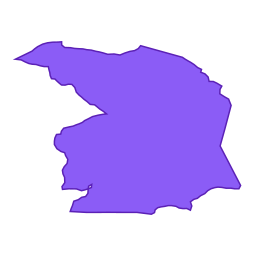 João Neiva, Espírito Santo, Brazil, rotated 90°
{"feature_id": "56859067B35561068674393", "entity_name": "João Neiva", "entity_type": "district", "adm_level": 2, "iso_a3": "BRA", "parent_name": "Brazil", "parent_adm1": "Espírito Santo", "projection": "natural_earth1", "projection_center": [-40.439, -19.726], "detail": "fine", "context": "isolated", "style": "filled", "palette": "violet", "viewbox_px": 256, "rotation_deg": 90, "n_neighbors": 0, "source": "geoboundaries", "source_scale": "gbopen_adm2", "svg_char_len": 2032}
<svg xmlns="http://www.w3.org/2000/svg" viewBox="0 0 256 256"><g transform="rotate(90 128 128)"><path d="M210.2,65.6L206.0,64.2L201.8,65.6L199.3,62.1L198.3,58.6L195.7,55.4L193.6,51.2L190.7,48.3L188.8,45.1L187.6,41.2L187.1,38.1L187.4,34.2L188.2,29.8L188.2,25.2L188.8,21.2L188.8,17.1L185.5,15.4L146.0,35.9L129.1,31.2L105.4,24.9L101.7,26.4L99.1,27.4L96.8,31.5L93.8,36.2L89.4,36.0L86.1,34.2L83.2,39.1L81.5,42.7L81.4,46.9L77.0,47.9L73.9,51.0L72.2,55.3L69.4,54.5L67.6,58.3L64.5,62.0L62.3,65.4L60.8,68.1L59.2,70.8L57.3,73.6L45.7,115.4L48.6,117.7L50.6,121.4L51.4,126.1L53.0,131.1L55.0,136.0L54.0,141.9L54.3,148.3L52.9,152.9L51.9,156.8L51.3,160.1L50.1,164.8L49.7,169.2L48.9,173.1L48.7,177.5L48.4,181.6L47.7,185.5L47.5,191.3L45.0,194.3L41.8,194.4L42.1,198.1L42.2,203.5L42.8,208.5L44.1,213.3L46.7,218.4L48.9,221.4L51.1,223.9L59.2,240.6L59.9,234.8L61.9,230.9L63.5,227.2L64.2,223.9L64.5,219.9L65.8,215.7L66.6,211.8L66.6,207.7L69.8,207.0L72.6,206.2L75.6,205.8L78.7,204.5L79.0,201.1L81.2,198.9L83.1,196.8L85.0,194.5L85.1,190.9L84.2,187.7L84.4,184.1L87.5,181.2L92.1,179.7L95.0,177.0L96.9,174.6L99.3,172.0L101.5,169.0L104.4,165.8L104.8,161.4L106.8,158.9L109.0,156.3L111.2,152.9L113.9,149.5L114.3,153.1L115.2,158.0L116.6,163.5L118.9,167.9L120.6,171.4L122.4,173.6L123.8,176.8L124.9,180.0L126.1,182.8L126.9,186.8L128.2,192.3L131.2,194.6L134.1,195.3L134.5,199.5L138.0,201.1L141.2,201.6L144.5,201.6L148.7,199.1L151.5,195.0L152.7,191.3L155.6,190.4L159.3,188.2L163.5,188.9L166.6,191.7L170.2,193.6L173.9,193.0L177.4,191.4L182.6,191.2L186.6,194.0L189.4,193.5L188.8,187.2L188.9,179.6L190.7,174.5L189.9,171.2L188.8,167.8L193.4,168.1L196.5,170.4L197.3,174.3L199.7,177.7L201.2,182.2L205.8,183.6L208.3,184.7L211.5,185.8L212.4,169.3L212.4,160.9L212.3,147.9L212.4,132.2L212.4,124.3L212.4,119.0L214.2,104.6L212.6,101.5L209.9,100.9L207.7,98.3L206.9,95.1L206.4,91.5L205.6,87.8L205.6,84.5L206.3,80.0L208.0,76.9L208.6,73.0L208.5,69.2L210.2,65.6ZM188.8,167.8L186.2,167.4L184.4,164.3L187.5,164.6L188.8,167.8Z" fill="#8b5cf6" stroke="#5b21b6" stroke-width="1.5"/></g></svg>